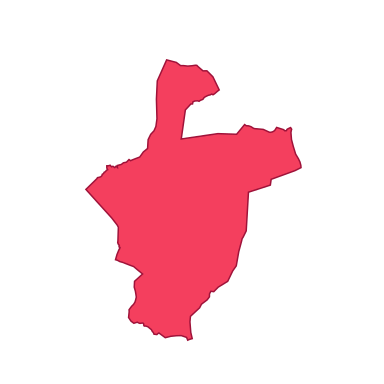 the district of Dange Shuni, Sokoto, Nigeria, rotated 240°
{"feature_id": "59680162B96995039930644", "entity_name": "Dange Shuni", "entity_type": "district", "adm_level": 2, "iso_a3": "NGA", "parent_name": "Nigeria", "parent_adm1": "Sokoto", "projection": "orthographic", "projection_center": [5.413, 12.816], "detail": "fine", "context": "isolated", "style": "filled", "palette": "rose", "viewbox_px": 384, "rotation_deg": 240, "n_neighbors": 0, "source": "geoboundaries", "source_scale": "gbopen_adm2", "svg_char_len": 3156}
<svg xmlns="http://www.w3.org/2000/svg" viewBox="0 0 384 384"><g transform="rotate(240 192 192)"><path d="M273.0,198.3L266.8,193.5L264.0,189.7L262.6,185.1L259.3,180.2L251.9,175.3L251.0,169.9L248.4,164.2L249.1,160.0L249.7,156.0L249.8,154.5L251.6,153.7L250.6,150.1L251.6,147.2L251.2,144.5L251.8,142.5L252.3,140.6L250.5,139.7L252.3,139.1L251.8,137.3L253.8,136.4L254.1,134.9L256.1,134.5L256.5,132.8L257.3,131.3L255.3,130.2L253.5,130.1L253.6,128.9L252.9,127.1L253.0,125.8L252.2,124.6L252.2,123.1L251.2,122.2L250.8,120.6L251.2,118.8L251.7,117.3L251.1,116.3L247.3,101.4L230.4,105.0L209.6,109.5L200.7,110.7L198.3,110.6L186.7,103.4L186.0,102.9L185.8,102.7L185.5,102.6L185.4,102.5L185.3,102.4L185.2,102.3L184.8,102.4L184.7,102.3L184.4,102.2L184.2,102.1L183.9,102.2L183.7,102.1L183.2,102.1L182.9,102.2L182.6,102.3L182.4,102.4L182.2,102.4L182.0,102.1L181.9,102.0L181.8,101.9L181.6,101.8L181.4,101.6L181.0,101.6L180.8,101.5L180.6,101.4L180.3,101.5L180.1,101.6L180.0,101.9L179.9,101.9L179.7,101.8L179.7,101.7L179.5,101.4L179.3,101.1L179.2,100.8L178.9,100.6L178.7,100.5L178.7,100.2L178.5,99.8L175.3,95.7L171.6,91.9L170.1,93.3L167.8,94.7L165.9,96.6L159.7,101.6L156.6,104.2L152.4,105.7L145.7,108.2L143.4,97.6L138.5,94.4L134.5,93.4L131.3,92.2L128.8,91.2L126.6,89.1L125.2,87.6L124.2,85.8L123.8,84.8L123.2,82.5L121.5,78.6L119.7,77.7L115.0,74.3L110.6,74.6L107.4,76.0L106.6,79.5L104.9,80.6L104.2,81.3L103.8,82.4L103.2,83.7L102.8,84.1L102.1,84.2L101.9,84.2L101.7,84.1L101.4,84.0L101.2,83.8L101.1,83.7L100.9,83.6L100.6,83.6L100.2,83.6L99.8,83.6L99.4,84.3L99.0,84.9L98.3,85.6L97.6,86.2L96.7,86.7L96.0,86.9L93.1,88.0L91.1,87.9L90.7,88.0L90.2,88.1L89.9,88.2L89.7,88.2L89.4,88.2L88.9,88.2L88.5,88.1L88.1,88.0L87.8,88.0L87.4,88.6L87.1,89.0L86.8,89.4L86.4,89.9L86.1,90.3L86.1,90.5L86.3,90.9L86.3,91.1L86.4,91.4L86.4,91.7L86.4,91.9L86.5,92.1L86.5,92.4L86.4,92.7L86.4,92.9L79.2,96.0L77.6,101.6L75.2,106.9L73.0,110.9L68.8,114.6L65.8,114.2L65.6,116.2L64.9,118.9L70.9,120.7L80.6,125.3L85.1,128.5L87.9,140.7L90.1,144.1L91.0,151.2L92.5,154.7L95.0,156.2L96.6,158.7L94.8,161.0L96.5,167.2L96.8,178.3L103.3,187.8L105.9,193.4L117.0,202.7L124.6,210.3L126.6,212.2L127.2,213.5L131.2,219.5L163.6,240.8L158.8,263.3L163.4,266.9L159.0,291.9L158.6,298.6L160.7,299.6L164.0,300.5L167.6,300.8L173.0,300.7L180.8,302.5L187.7,304.4L194.0,307.4L195.7,308.8L196.5,309.7L198.5,309.6L198.7,308.1L198.7,307.2L198.8,305.9L198.5,305.2L197.9,304.5L198.4,303.4L198.7,302.9L200.1,302.6L205.6,297.6L203.9,294.3L203.8,292.4L203.9,291.5L204.5,289.7L205.1,288.9L210.6,285.0L215.6,277.9L216.3,277.2L219.0,275.8L220.9,274.2L222.3,272.1L224.1,271.3L219.7,259.5L229.6,243.6L243.3,209.2L266.4,227.3L268.2,233.2L268.8,234.9L268.0,236.5L269.6,237.9L269.4,239.9L268.2,242.4L267.0,243.5L267.2,245.0L266.9,246.9L266.8,247.7L267.2,248.7L267.7,249.6L267.8,250.2L267.8,251.3L267.8,251.9L267.6,254.4L267.0,256.3L267.0,257.8L266.5,258.4L265.7,258.8L265.8,260.7L266.5,264.4L266.8,266.6L281.3,267.7L289.5,265.5L291.4,262.1L294.5,261.0L297.7,259.9L299.3,259.5L300.1,258.3L301.4,255.0L303.2,251.2L305.6,248.0L307.2,245.3L312.1,243.2L319.1,236.1L305.6,217.5L290.2,207.6L273.0,198.3Z" fill="#f43f5e" stroke="#9f1239" stroke-width="1.5"/></g></svg>